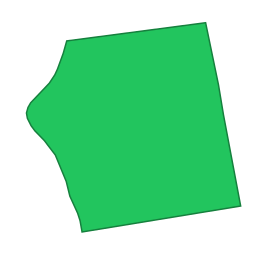 outline of Mason, Michigan, United States of America, rotated 350°
{"feature_id": "52423323B31744681172371", "entity_name": "Mason", "entity_type": "district", "adm_level": 2, "iso_a3": "USA", "parent_name": "United States of America", "parent_adm1": "Michigan", "projection": "equal_earth", "projection_center": [-86.383, 43.997], "detail": "fine", "context": "isolated", "style": "filled", "palette": "green", "viewbox_px": 256, "rotation_deg": 350, "n_neighbors": 0, "source": "geoboundaries", "source_scale": "gbopen_adm2", "svg_char_len": 473}
<svg xmlns="http://www.w3.org/2000/svg" viewBox="0 0 256 256"><g transform="rotate(350 128 128)"><path d="M225.4,224.4L224.3,131.9L224.6,101.3L222.7,37.8L82.8,31.6L78.3,40.9L77.2,43.2L68.8,57.7L68.6,58.0L65.2,62.9L58.3,70.2L36.5,86.3L33.1,90.4L30.6,95.6L30.6,101.0L33.0,109.0L35.9,114.8L43.4,125.8L44.1,127.1L45.8,130.5L51.6,141.7L51.7,141.8L57.9,169.9L58.9,185.0L63.6,203.1L64.7,211.0L64.7,222.4L225.4,224.4Z" fill="#22c55e" stroke="#15803d" stroke-width="1.5"/></g></svg>